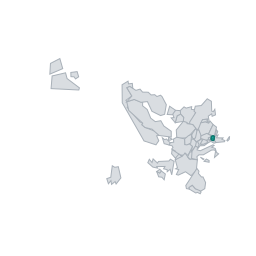 Europe, with North Macedonia highlighted, rotated 294°
{"feature_id": "MKD", "entity_name": "North Macedonia", "entity_type": "country or territory", "adm_level": 0, "iso_a3": "MKD", "parent_name": "Europe", "parent_adm1": "", "projection": "mercator", "projection_center": [21.64, 41.604], "detail": "fine", "context": "in_parent", "style": "filled", "palette": "teal", "viewbox_px": 256, "rotation_deg": 294, "n_neighbors": 37, "source": "natural_earth", "source_scale": "50m", "svg_char_len": 8123}
<svg xmlns="http://www.w3.org/2000/svg" viewBox="0 0 256 256"><g transform="rotate(294 128 128)"><path d="M132.7,41.7L144.7,37.5L153.0,48.5L148.4,52.2L144.9,67.3L142.7,67.6L132.7,41.7ZM170.5,113.8L165.9,116.4L166.7,112.7L164.3,110.6L158.8,118.5L152.5,114.8L150.0,119.7L146.5,118.9L138.4,136.4L138.4,139.5L136.6,139.4L135.4,143.3L136.1,154.9L133.8,159.4L132.5,157.3L128.9,161.3L124.0,160.4L122.7,147.9L148.7,112.5L165.1,105.0L170.8,109.0L168.5,110.5L170.5,113.8ZM163.7,37.5L155.7,44.2L145.4,34.7L155.5,30.9L163.7,37.5ZM158.8,58.6L154.7,62.1L151.5,60.1L152.8,57.9L151.7,55.0L155.5,53.2L158.8,58.6Z" fill="#d9dde1" stroke="#a8b0b8" stroke-width="1"/><path d="M118.2,184.1L128.4,190.2L124.6,196.4L127.2,204.3L116.9,207.7L110.1,205.0L111.4,198.3L105.4,193.1L105.2,191.1L110.7,191.2L110.1,188.1L111.8,189.3L118.2,184.1ZM129.7,209.6L130.8,206.0L130.5,210.0L129.7,209.6Z" fill="#d9dde1" stroke="#a8b0b8" stroke-width="1"/><path d="M133.8,159.4L136.7,150.5L135.4,143.3L136.6,139.4L138.4,139.5L144.3,121.6L151.4,116.2L156.6,122.0L157.3,131.0L154.2,132.3L152.7,138.0L146.2,144.8L144.9,150.3L148.0,155.0L144.4,159.9L142.6,168.8L137.3,171.2L133.8,159.4Z" fill="#d9dde1" stroke="#a8b0b8" stroke-width="1"/><path d="M165.1,168.6L170.1,170.6L169.8,173.0L173.4,177.5L170.8,178.4L171.7,181.3L169.5,183.6L156.6,182.9L156.5,175.8L160.3,174.6L162.1,170.4L165.1,168.6Z" fill="#d9dde1" stroke="#a8b0b8" stroke-width="1"/><path d="M177.6,199.3L180.4,199.7L175.6,202.6L172.9,200.1L175.0,198.7L171.5,196.5L166.0,200.2L166.4,197.2L168.5,197.2L166.0,192.7L159.1,193.7L154.0,191.8L157.4,186.2L156.6,182.9L158.5,181.9L169.5,183.6L170.2,181.5L175.3,180.6L178.3,185.8L186.9,188.5L186.3,193.3L177.5,197.6L177.6,199.3Z" fill="#d9dde1" stroke="#a8b0b8" stroke-width="1"/><path d="M156.5,175.8L157.1,179.5L156.0,180.2L157.5,185.4L155.3,190.2L143.2,186.2L139.3,178.7L139.4,176.3L145.8,172.9L156.5,175.8Z" fill="#d9dde1" stroke="#a8b0b8" stroke-width="1"/><path d="M144.7,192.7L142.9,196.5L140.4,197.2L130.9,195.4L137.3,194.4L138.5,190.6L143.8,190.8L144.7,192.7Z" fill="#d9dde1" stroke="#a8b0b8" stroke-width="1"/><path d="M154.0,191.8L155.1,193.3L152.0,197.5L147.4,199.0L143.2,196.1L144.7,192.7L154.0,191.8Z" fill="#d9dde1" stroke="#a8b0b8" stroke-width="1"/><path d="M162.3,192.4L166.0,192.7L168.5,197.2L166.4,197.2L165.2,199.7L165.0,196.2L162.3,192.4Z" fill="#d9dde1" stroke="#a8b0b8" stroke-width="1"/><path d="M165.2,199.7L167.7,200.2L165.8,204.3L155.6,204.0L150.6,198.0L155.9,192.7L162.3,192.4L165.0,196.2L165.2,199.7Z" fill="#d9dde1" stroke="#a8b0b8" stroke-width="1"/><path d="M162.1,170.4L160.3,174.6L156.5,175.8L152.1,169.0L159.1,167.9L162.1,170.4Z" fill="#d9dde1" stroke="#a8b0b8" stroke-width="1"/><path d="M163.5,164.2L165.1,168.6L162.1,170.4L159.1,167.9L152.1,169.0L154.8,163.3L156.2,165.8L159.6,162.5L163.5,164.2Z" fill="#d9dde1" stroke="#a8b0b8" stroke-width="1"/><path d="M164.8,157.2L163.5,164.2L158.1,163.1L156.3,158.3L164.8,157.2Z" fill="#d9dde1" stroke="#a8b0b8" stroke-width="1"/><path d="M139.4,176.3L141.1,184.2L136.0,186.7L138.5,190.6L137.3,194.4L127.3,194.0L128.4,190.2L125.8,189.7L124.7,187.1L124.6,182.0L126.1,180.9L126.6,176.5L128.5,177.0L129.7,175.5L129.2,172.5L131.7,172.4L133.6,175.5L136.5,174.1L139.4,176.3Z" fill="#d9dde1" stroke="#a8b0b8" stroke-width="1"/><path d="M155.0,202.9L155.6,204.0L165.8,204.3L164.8,208.5L155.6,210.2L155.0,202.9Z" fill="#d9dde1" stroke="#a8b0b8" stroke-width="1"/><path d="M161.7,224.2L158.8,225.1L156.6,224.3L156.9,223.3L161.7,224.2ZM152.0,211.4L162.3,209.6L161.3,211.4L157.0,211.7L158.2,213.1L155.0,212.8L157.6,218.9L155.9,218.3L155.9,221.7L154.7,221.7L150.5,214.3L152.0,211.4Z" fill="#d9dde1" stroke="#a8b0b8" stroke-width="1"/><path d="M152.0,211.4L150.5,214.3L149.1,212.8L149.7,206.8L152.0,211.4Z" fill="#d9dde1" stroke="#a8b0b8" stroke-width="1"/><path d="M143.9,197.0L149.1,200.4L142.4,201.4L147.3,207.3L142.9,204.8L140.9,200.8L138.6,200.6L143.9,197.0Z" fill="#d9dde1" stroke="#a8b0b8" stroke-width="1"/><path d="M131.2,194.3L132.6,197.1L126.9,198.9L124.6,197.6L125.9,194.2L131.2,194.3Z" fill="#d9dde1" stroke="#a8b0b8" stroke-width="1"/><path d="M124.2,187.2L124.9,188.9L124.0,188.8L124.2,187.2Z" fill="#d9dde1" stroke="#a8b0b8" stroke-width="1"/><path d="M124.9,185.1L124.0,188.8L118.2,184.1L122.7,183.2L124.9,185.1Z" fill="#d9dde1" stroke="#a8b0b8" stroke-width="1"/><path d="M126.2,177.1L124.9,185.1L119.7,183.5L122.2,178.3L126.2,177.1Z" fill="#d9dde1" stroke="#a8b0b8" stroke-width="1"/><path d="M97.1,208.8L98.5,207.8L101.9,210.0L99.9,214.3L100.8,217.9L99.2,220.8L97.3,220.7L97.4,217.5L96.2,216.4L97.1,208.8Z" fill="#d9dde1" stroke="#a8b0b8" stroke-width="1"/><path d="M100.0,220.2L99.9,214.3L101.9,210.0L98.5,207.8L97.1,208.8L96.4,206.0L99.0,204.2L119.1,207.4L117.4,210.4L115.1,210.9L113.1,215.0L113.8,216.4L109.7,221.1L103.8,222.8L100.0,220.2Z" fill="#d9dde1" stroke="#a8b0b8" stroke-width="1"/><path d="M102.3,175.9L101.2,180.8L95.4,182.1L96.8,179.0L95.9,175.9L99.8,172.0L99.8,175.3L102.3,175.9Z" fill="#d9dde1" stroke="#a8b0b8" stroke-width="1"/><path d="M132.7,196.0L138.9,197.0L139.1,199.4L136.1,200.0L136.6,203.3L147.2,212.5L147.1,213.8L144.5,212.3L144.8,216.0L142.3,218.3L143.1,215.8L141.8,213.3L134.1,207.7L132.3,203.7L129.9,202.6L127.2,204.3L126.1,198.4L132.7,196.0ZM136.3,219.0L142.0,217.5L141.2,221.3L136.3,219.0ZM128.5,211.1L131.5,212.2L131.3,215.3L129.7,216.0L128.5,211.1Z" fill="#d9dde1" stroke="#a8b0b8" stroke-width="1"/><path d="M131.7,172.4L129.2,172.5L128.4,167.4L133.0,163.4L132.3,166.2L133.6,167.6L131.7,172.4ZM136.2,168.8L135.7,173.0L133.8,171.2L133.5,169.9L136.2,168.8Z" fill="#d9dde1" stroke="#a8b0b8" stroke-width="1"/><path d="M102.3,175.9L99.8,175.3L99.8,172.0L103.3,173.8L102.3,175.9ZM107.9,177.4L104.4,169.9L103.4,171.4L102.4,166.6L104.4,160.2L108.1,160.2L106.2,164.0L110.0,163.5L107.9,169.2L109.8,169.4L114.5,178.8L116.7,179.4L116.3,183.7L103.0,187.0L107.4,183.3L104.0,181.6L105.9,180.7L105.2,177.1L107.9,177.4Z" fill="#d9dde1" stroke="#a8b0b8" stroke-width="1"/><path d="M87.1,129.0L86.7,131.9L88.7,134.9L79.5,141.8L72.0,139.9L73.8,138.0L69.8,135.9L73.0,133.8L69.1,132.8L73.1,129.2L76.0,132.3L87.1,129.0Z" fill="#d9dde1" stroke="#a8b0b8" stroke-width="1"/><path d="M138.9,197.0L143.2,196.1L143.9,197.0L141.6,199.8L138.7,199.7L138.9,197.0Z" fill="#d9dde1" stroke="#a8b0b8" stroke-width="1"/><path d="M166.7,112.7L165.6,119.9L168.4,123.2L166.7,126.7L168.9,131.9L167.6,135.7L169.3,138.9L168.5,141.6L171.2,144.4L170.5,146.4L164.9,153.5L155.4,155.9L152.6,152.7L153.0,143.1L160.0,135.0L156.7,129.3L156.6,122.0L151.4,116.2L158.8,118.5L164.3,110.6L166.7,112.7Z" fill="#d9dde1" stroke="#a8b0b8" stroke-width="1"/><path d="M154.9,190.0L153.6,192.1L146.3,193.7L144.5,191.7L147.5,188.8L154.9,190.0Z" fill="#d9dde1" stroke="#a8b0b8" stroke-width="1"/><path d="M141.1,184.2L145.7,186.4L148.1,188.8L139.8,191.5L136.5,188.7L136.0,186.7L141.1,184.2Z" fill="#d9dde1" stroke="#a8b0b8" stroke-width="1"/><path d="M147.5,206.9L143.7,203.4L142.8,200.4L149.0,201.3L149.2,204.6L147.5,206.9Z" fill="#d9dde1" stroke="#a8b0b8" stroke-width="1"/><path d="M148.0,198.6L150.6,198.0L155.1,202.1L154.8,207.4L153.1,207.9L151.7,205.4L150.6,206.5L148.7,204.7L148.0,198.6Z" fill="#d9dde1" stroke="#a8b0b8" stroke-width="1"/><path d="M150.3,207.1L149.0,208.8L147.3,207.3L148.7,204.7L150.3,207.1Z" fill="#d9dde1" stroke="#a8b0b8" stroke-width="1"/><path d="M151.3,208.9L150.3,207.1L151.3,205.5L153.4,206.8L151.3,208.9Z" fill="#d9dde1" stroke="#a8b0b8" stroke-width="1"/><path d="M153.0,207.9L153.4,207.9L153.5,207.8L153.7,207.7L153.8,207.7L153.9,207.8L154.1,207.7L154.3,207.6L154.5,207.8L154.7,208.1L154.9,208.3L155.1,208.4L155.3,208.5L155.5,208.9L155.6,209.1L155.6,209.5L155.5,210.1L155.4,210.2L155.2,210.2L155.2,210.5L154.9,210.6L154.7,210.7L154.3,210.6L154.2,210.6L153.8,210.7L153.7,210.7L153.4,211.1L153.2,211.2L153.1,211.3L152.8,211.2L152.7,211.2L152.6,211.3L152.3,211.3L152.2,211.3L151.9,211.3L151.9,211.2L151.5,211.2L151.4,210.8L151.2,210.7L151.1,210.3L151.1,210.2L151.0,209.7L151.1,209.4L151.2,208.9L151.4,208.9L151.5,208.8L151.5,208.5L151.6,208.4L152.1,208.1L152.3,208.1L152.5,208.3L152.5,208.2L153.0,207.9L153.0,207.9Z" fill="#14b8a6" stroke="#0f766e" stroke-width="1.5"/></g></svg>